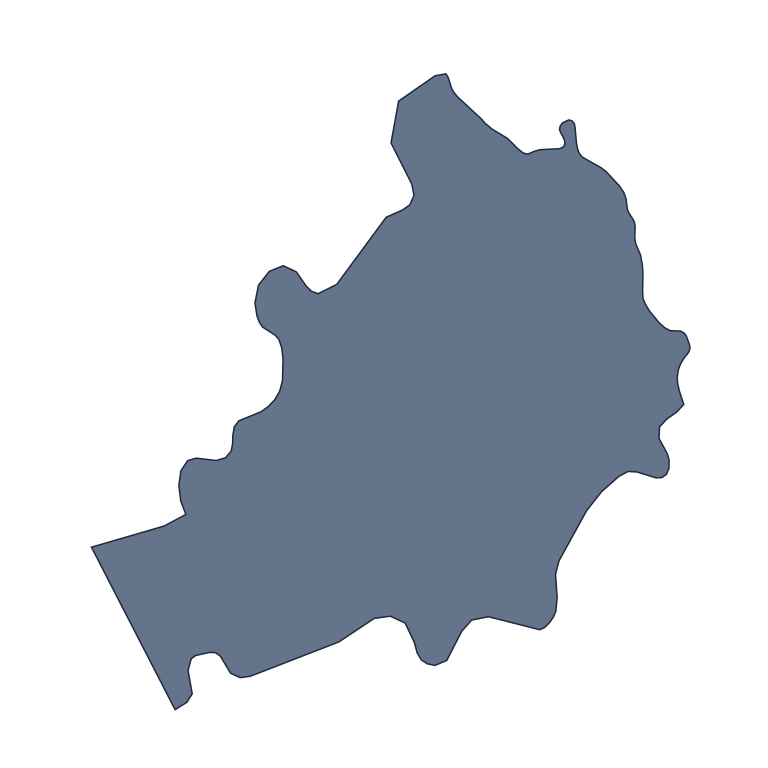 outline of Macerata, rotated 174°
{"feature_id": "ITA-5429", "entity_name": "Macerata", "entity_type": "Province", "adm_level": 1, "iso_a3": "ITA", "parent_name": "Italy", "parent_adm1": "", "projection": "mercator", "projection_center": [13.151, 43.149], "detail": "fine", "context": "isolated", "style": "filled", "palette": "slate", "viewbox_px": 768, "rotation_deg": 174, "n_neighbors": 0, "source": "natural_earth", "source_scale": "10m", "svg_char_len": 2210}
<svg xmlns="http://www.w3.org/2000/svg" viewBox="0 0 768 768"><g transform="rotate(174 384 384)"><path d="M625.8,82.0L692.0,252.3L617.3,265.8L594.7,275.0L598.4,289.0L598.6,304.7L595.1,318.8L587.3,328.3L578.5,329.9L558.7,325.4L549.2,327.3L543.0,333.3L540.8,340.4L539.8,348.4L537.4,357.0L532.1,362.6L509.1,369.3L501.4,373.7L494.3,379.8L488.4,387.9L484.6,398.1L481.8,419.2L481.9,430.6L484.0,439.6L487.2,444.0L498.9,453.4L501.6,458.7L503.2,464.9L503.9,478.0L498.5,495.4L486.3,508.0L471.8,512.2L459.5,504.7L451.3,489.8L446.5,483.8L440.0,480.7L420.6,488.0L364.4,549.6L347.6,555.0L339.6,559.5L334.5,568.3L335.4,579.7L351.8,623.0L339.9,663.8L301.0,685.2L290.0,686.0L288.5,683.1L287.6,679.9L286.3,673.0L285.5,670.0L284.2,667.1L281.1,662.2L259.4,637.3L256.1,632.6L249.7,626.1L235.3,615.1L226.3,604.0L221.3,599.1L217.4,597.7L214.4,598.3L210.3,599.7L204.4,600.7L184.9,599.7L180.6,601.1L179.1,603.6L178.9,606.6L179.6,609.7L182.0,615.6L182.9,618.7L181.8,622.1L179.1,625.1L172.6,627.3L169.4,626.0L167.5,623.1L167.2,619.7L167.4,604.0L167.2,600.2L166.7,596.8L165.9,593.6L164.4,590.8L162.5,588.5L145.0,576.0L140.8,571.8L129.6,557.0L125.5,549.5L123.9,542.8L123.8,535.0L123.5,531.3L122.4,528.1L119.5,522.5L118.3,519.5L117.8,516.5L117.9,512.9L119.1,505.4L119.3,501.8L119.1,498.6L118.8,496.6L115.4,485.5L114.6,474.4L115.0,466.3L117.0,450.4L117.5,442.2L115.8,436.3L112.5,429.1L103.9,416.0L98.8,410.5L93.8,407.1L83.4,405.6L80.3,403.4L78.4,400.5L76.0,390.8L76.0,387.6L77.0,384.8L78.7,382.6L82.9,378.4L86.7,373.4L88.3,370.5L89.7,367.4L90.7,364.1L91.5,360.6L91.9,356.6L91.8,352.7L90.9,345.7L88.0,332.3L96.0,325.4L106.2,319.7L114.4,312.6L116.2,301.2L109.5,284.9L108.4,278.5L109.4,270.3L112.5,264.7L117.3,261.9L123.3,262.2L141.7,270.1L150.4,271.5L160.0,267.6L178.8,254.2L195.6,237.0L228.3,190.1L233.3,177.0L234.1,153.8L236.8,140.1L239.8,134.6L244.5,129.2L249.8,125.0L254.7,123.3L304.4,141.6L321.5,140.1L332.5,130.0L350.5,102.5L362.7,98.8L370.4,101.3L375.8,105.8L379.1,113.0L380.8,123.5L387.9,144.0L401.9,152.4L418.2,151.9L455.9,132.2L547.6,107.3L557.8,107.0L566.8,112.4L575.2,130.4L579.5,134.3L585.0,135.3L599.6,133.7L604.4,131.0L608.8,119.6L607.1,95.9L613.4,88.0L625.8,82.0Z" fill="#64748b" stroke="#1e293b" stroke-width="1.5"/></g></svg>